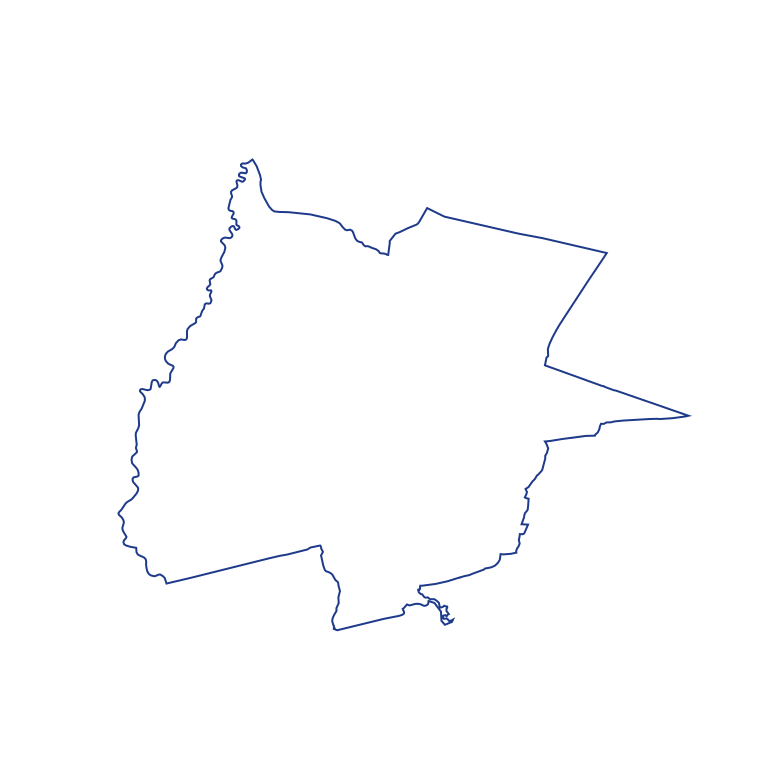 the district of Milagro, Guayas, Ecuador, rotated 77°
{"feature_id": "8360857B82263990527647", "entity_name": "Milagro", "entity_type": "district", "adm_level": 2, "iso_a3": "ECU", "parent_name": "Ecuador", "parent_adm1": "Guayas", "projection": "albers", "projection_center": [-79.569, -2.106], "detail": "fine", "context": "isolated", "style": "outline", "palette": "blue", "viewbox_px": 768, "rotation_deg": 77, "n_neighbors": 0, "source": "geoboundaries", "source_scale": "gbopen_adm2", "svg_char_len": 6163}
<svg xmlns="http://www.w3.org/2000/svg" viewBox="0 0 768 768"><g transform="rotate(77 384 384)"><path d="M311.0,142.2L306.5,137.5L277.7,196.4L267.8,219.0L234.5,287.5L222.3,302.4L233.7,313.0L235.2,314.7L236.0,316.3L237.5,325.5L239.6,334.9L240.1,339.0L246.0,346.3L248.0,346.7L259.2,350.9L258.5,352.4L257.7,353.0L256.7,355.1L256.1,357.4L255.4,358.6L253.3,359.3L250.7,361.7L249.1,364.5L246.4,368.1L245.9,369.3L245.8,370.8L245.2,371.7L243.7,372.7L241.2,373.6L239.7,376.5L238.6,377.8L236.6,378.9L234.7,379.4L229.3,380.0L227.5,380.6L226.0,382.3L225.9,385.4L224.9,387.1L222.0,388.9L217.4,391.0L214.2,394.6L209.7,402.1L202.2,417.6L195.1,438.4L192.8,447.3L191.2,452.0L189.2,453.9L185.2,456.1L175.9,458.8L169.1,460.1L162.3,459.6L158.7,458.7L157.6,457.9L152.6,457.8L143.1,459.1L136.7,461.2L135.7,461.7L137.8,466.5L138.1,469.5L137.3,471.9L137.5,473.2L138.1,474.0L139.6,474.2L141.1,473.1L142.8,470.0L144.8,469.5L146.8,470.1L147.6,471.3L146.0,475.3L146.0,476.4L146.9,478.0L148.3,478.5L149.1,478.3L152.1,473.7L152.8,473.3L153.5,473.5L154.8,475.2L155.1,476.0L154.8,477.1L152.6,480.0L152.6,481.5L153.0,481.9L154.1,482.3L157.1,482.1L159.0,482.6L159.9,483.8L161.1,488.4L162.2,489.7L163.7,490.1L166.7,489.8L168.0,490.2L169.9,492.1L177.8,496.1L179.6,495.9L180.8,494.6L181.5,492.7L182.6,491.9L184.0,492.1L186.9,494.7L188.1,495.0L188.8,494.3L190.1,491.8L191.0,491.2L192.0,491.1L195.5,492.0L196.0,491.8L197.6,489.9L198.6,489.6L199.4,489.8L200.1,490.8L200.7,493.1L200.6,493.4L199.8,494.1L197.3,494.6L196.4,495.0L196.0,496.2L196.3,497.5L197.4,499.3L198.3,499.9L199.6,499.8L203.8,498.2L205.0,498.2L206.1,498.8L206.9,499.9L207.2,501.5L205.6,505.8L205.6,506.9L206.1,509.0L207.3,510.5L208.4,510.8L212.9,508.1L215.5,507.9L219.3,509.8L224.2,514.0L226.3,515.3L227.4,515.6L231.8,514.8L232.9,514.9L234.6,515.7L237.1,517.8L237.6,519.0L237.7,520.8L238.3,523.2L239.3,524.4L241.6,526.0L242.9,530.0L243.8,530.6L247.8,530.8L248.8,531.9L250.0,534.2L251.3,535.2L252.3,535.1L253.3,534.0L253.8,531.6L254.1,531.3L255.2,531.4L257.7,533.4L259.2,533.9L263.5,533.2L265.5,534.4L266.2,535.1L266.4,536.4L265.5,538.8L265.5,539.5L266.1,540.7L270.1,542.5L271.0,543.8L272.4,545.1L276.2,547.4L276.8,548.2L277.0,550.5L277.7,551.9L278.0,552.3L281.4,553.2L282.1,553.9L283.9,559.8L286.2,562.9L288.1,564.1L294.3,565.4L296.0,566.5L296.3,567.5L296.2,568.6L294.9,571.8L295.2,574.4L297.4,577.6L300.0,579.4L301.2,580.6L302.4,582.7L303.7,587.1L305.1,589.2L306.4,590.4L308.5,591.5L309.4,591.6L310.8,591.7L312.5,591.4L315.8,589.6L318.8,585.6L319.9,585.2L321.0,585.5L325.7,589.9L332.0,591.6L333.7,592.8L334.1,594.3L332.8,598.5L332.8,599.4L333.4,600.4L336.2,602.8L336.3,603.3L335.1,603.7L331.8,603.8L330.6,604.2L329.1,605.2L328.6,606.1L328.3,608.0L328.6,608.8L330.0,609.9L336.1,612.4L336.6,612.8L336.9,613.6L336.9,615.8L334.6,620.4L334.4,622.0L335.0,623.0L336.1,623.4L337.1,623.0L339.7,621.3L342.9,620.2L344.6,620.3L346.7,620.9L353.5,625.7L355.7,628.1L358.1,629.7L359.5,630.2L369.2,631.9L371.7,633.3L375.9,636.8L378.3,637.5L387.6,638.6L389.9,639.9L390.6,640.1L394.4,639.8L395.2,640.6L397.9,645.4L398.8,646.1L401.3,647.1L404.7,647.2L409.5,644.5L412.0,643.4L415.1,643.1L417.3,643.5L418.3,644.0L418.7,645.4L418.6,648.9L419.4,649.9L420.2,650.4L421.5,650.6L423.2,650.4L429.4,647.1L430.5,647.0L432.6,647.7L435.0,649.7L438.7,654.5L439.8,656.3L441.1,660.5L442.3,662.7L447.4,668.1L449.2,670.9L450.4,671.9L452.0,671.6L455.1,669.5L456.6,669.0L458.2,668.5L460.0,668.6L460.9,668.8L465.1,671.2L466.4,671.5L469.1,671.2L474.9,669.3L476.0,669.9L477.8,672.4L478.7,673.1L479.7,673.5L481.8,673.2L483.5,671.4L485.6,667.7L487.9,662.3L492.2,663.0L494.3,662.4L495.5,661.5L499.0,656.9L500.7,655.8L501.7,655.6L503.6,655.6L506.0,656.4L509.9,656.8L513.0,656.8L515.4,656.2L516.8,655.4L518.1,654.1L519.5,651.4L519.7,650.1L519.0,645.8L519.5,644.6L521.7,642.5L523.7,641.3L529.5,640.8L529.4,616.1L528.0,535.0L528.0,524.0L528.4,516.6L528.0,495.8L526.9,492.8L526.8,491.6L527.0,482.6L527.9,482.1L530.7,482.1L533.5,481.3L534.0,481.4L536.9,483.9L547.4,484.0L551.9,483.5L553.3,482.7L555.1,479.9L556.7,478.2L558.1,477.2L564.2,475.4L566.3,473.7L567.8,473.4L570.3,473.7L575.9,473.5L581.8,476.5L587.3,477.4L591.7,480.8L594.4,481.3L597.4,484.2L600.4,486.6L602.4,487.5L603.5,487.8L607.5,487.6L608.2,487.2L610.8,487.8L611.0,487.3L611.5,487.8L613.4,485.0L612.8,437.1L613.3,421.3L613.0,418.0L612.2,416.3L610.8,415.7L607.4,416.4L606.8,415.1L604.0,411.2L605.5,409.0L605.3,403.0L605.9,400.0L607.1,397.5L608.8,395.5L609.3,394.3L609.3,392.9L608.8,391.2L608.0,390.4L605.5,389.4L608.7,384.1L618.6,379.7L627.7,381.3L632.3,378.8L631.1,371.3L629.1,369.8L629.6,371.4L629.5,373.6L629.3,374.1L627.4,374.9L626.7,375.7L626.2,378.5L625.9,378.9L623.4,378.9L623.0,378.3L623.1,376.2L624.4,375.2L623.2,374.0L622.7,372.6L619.3,374.2L617.3,373.8L616.1,372.7L615.1,372.5L614.5,374.0L613.6,375.1L614.5,377.1L614.5,379.8L609.4,379.8L607.4,381.2L605.3,383.0L604.9,383.7L604.1,387.5L601.8,389.3L601.5,391.6L600.7,392.7L597.5,394.1L596.8,395.6L594.8,396.9L592.2,397.1L592.0,396.8L592.6,395.9L591.9,395.1L589.9,394.6L588.7,394.0L589.1,392.4L590.4,379.0L590.5,366.3L589.5,353.6L589.8,353.4L589.5,352.7L589.3,348.6L589.4,343.7L588.9,341.4L587.3,328.5L586.5,327.1L586.8,321.3L586.1,317.3L585.0,315.0L583.5,312.8L581.1,310.6L576.0,308.7L576.9,305.9L578.0,298.6L578.1,293.0L576.5,292.8L574.5,291.6L572.2,289.2L569.9,287.7L566.2,287.7L563.3,286.3L560.8,285.4L561.5,282.9L561.4,281.5L560.4,280.4L553.4,275.3L551.6,281.5L545.2,277.4L543.4,276.8L541.6,275.7L539.3,272.7L538.6,272.2L535.2,271.0L528.3,268.9L527.1,271.3L526.2,272.3L522.9,269.7L521.2,269.0L518.1,269.7L517.0,266.5L512.3,261.2L510.5,258.3L507.6,255.6L507.0,254.2L504.2,250.1L503.0,249.0L492.8,243.6L490.3,243.1L488.0,240.9L483.7,238.5L478.8,239.2L476.2,240.1L476.9,235.0L477.7,222.6L480.0,198.9L481.8,190.1L481.0,189.8L479.4,186.7L476.4,184.3L473.9,183.2L471.6,181.5L472.3,178.8L471.5,175.8L472.4,171.5L472.3,167.9L473.4,159.4L477.7,134.0L479.4,125.4L480.1,123.7L482.2,110.7L483.4,97.9L483.4,94.5L442.4,159.8L442.0,161.1L436.5,169.5L435.5,170.4L435.3,171.4L402.0,223.0L394.8,219.7L393.8,217.8L386.6,216.4L382.0,213.6L376.3,209.2L369.7,203.4L365.5,199.4L329.6,162.1L311.1,142.3L311.5,142.0L311.0,142.2Z" fill="none" stroke="#1e3a8a" stroke-width="2"/></g></svg>